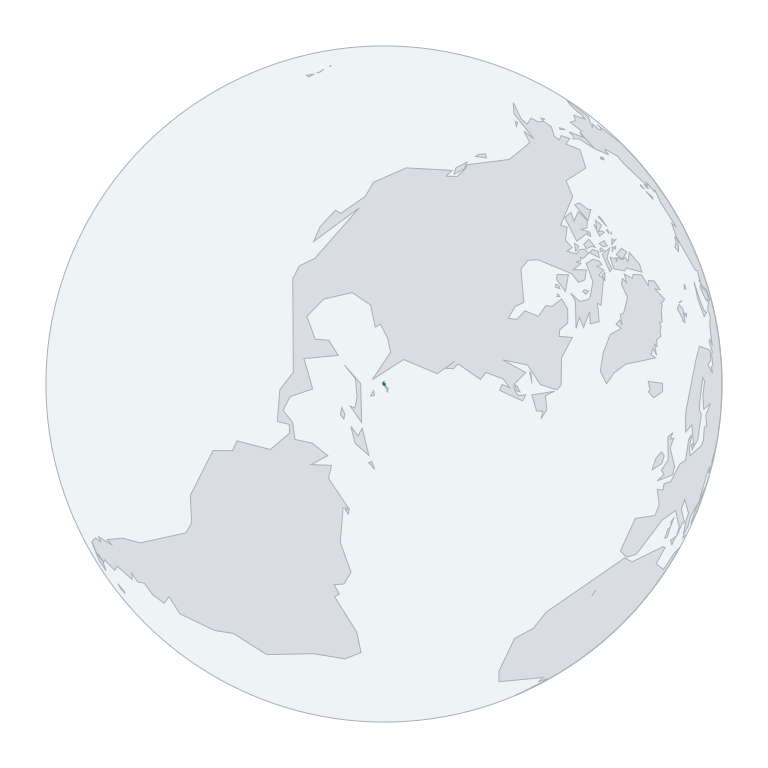 globe centered on West Grand Bahama, rotated 64°
{"feature_id": "BHS-5011", "entity_name": "West Grand Bahama", "entity_type": "District", "adm_level": 1, "iso_a3": "BHS", "parent_name": "The Bahamas", "parent_adm1": "", "projection": "orthographic", "projection_center": [-78.67, 26.651], "detail": "fine", "context": "on_globe", "style": "filled", "palette": "teal", "viewbox_px": 768, "rotation_deg": 64, "n_neighbors": 0, "source": "natural_earth", "source_scale": "10m", "svg_char_len": 9827}
<svg xmlns="http://www.w3.org/2000/svg" viewBox="0 0 768 768"><g transform="rotate(64 384 384)"><circle cx="384" cy="384" r="338" fill="#eef3f6" stroke="#a8b0b8"/><path d="M386.8,490.3L378.8,486.8L371.0,496.3L343.5,480.1L333.6,460.3L249.3,419.8L240.7,408.1L240.8,391.2L214.8,328.9L225.1,384.8L214.6,372.4L206.6,351.5L211.7,348.0L207.2,318.6L198.1,305.2L199.5,269.3L221.9,229.1L224.4,237.1L229.5,227.4L226.6,217.2L223.5,213.0L237.1,173.0L231.1,147.2L218.3,147.4L229.6,141.7L198.0,148.7L187.8,144.4L206.1,144.5L213.1,141.1L209.5,135.2L216.0,130.6L217.9,125.4L226.0,120.8L236.0,122.3L241.4,119.6L238.5,115.8L244.8,109.4L248.2,115.3L259.4,105.1L278.4,108.0L281.0,131.3L298.2,132.2L318.6,155.6L323.4,150.7L334.2,157.8L343.8,155.2L344.9,161.2L351.6,154.1L348.8,149.2L350.8,144.6L356.2,142.9L358.5,149.9L356.2,151.8L359.6,153.1L358.5,157.5L362.1,154.3L364.2,163.7L370.1,152.2L378.5,157.8L377.8,164.7L367.4,166.7L339.9,191.1L335.9,200.4L340.7,210.5L371.9,222.6L371.8,232.4L379.4,243.5L384.2,236.3L380.0,225.3L390.9,215.6L384.5,204.2L387.9,198.9L385.5,187.0L397.2,186.1L409.8,192.1L412.4,202.4L418.0,205.7L424.7,194.3L438.4,213.0L462.7,225.4L465.0,231.2L453.1,243.7L429.9,246.6L414.4,266.6L435.9,251.5L441.3,267.5L447.0,269.6L453.4,268.0L455.8,261.3L460.0,266.8L440.4,282.9L436.2,278.1L442.5,272.7L431.7,274.7L418.4,287.3L422.2,295.3L398.3,308.7L400.7,314.9L396.8,321.9L394.6,310.8L398.1,331.6L370.6,355.6L374.9,392.5L358.3,364.1L344.8,360.7L328.6,360.9L329.0,366.9L307.2,361.4L287.8,372.6L281.3,401.0L289.3,423.6L313.5,426.2L320.5,414.4L338.2,412.6L326.1,444.8L357.1,450.2L354.3,474.0L363.4,486.2L378.7,483.0L394.7,488.4L405.8,474.4L423.7,465.9L424.5,485.0L434.1,466.8L444.4,475.2L479.9,470.4L477.3,475.1L507.3,492.8L538.8,496.1L546.2,507.7L542.5,516.7L553.2,516.4L553.4,521.7L595.0,517.3L615.3,522.3L613.9,539.7L595.6,565.4L575.8,608.0L542.0,628.9L531.3,644.3L501.2,668.1L481.0,670.5L484.7,677.8L471.7,684.4L458.0,686.7L453.9,692.2L443.7,693.5L449.3,696.0L430.7,703.7L433.5,707.6L419.4,712.4L421.7,714.2L417.1,714.5L411.8,715.5L410.6,716.5L397.4,715.4L395.9,710.8L402.3,707.8L396.2,707.5L409.9,698.9L402.6,701.0L407.9,686.7L419.9,672.8L431.0,627.2L424.5,617.7L399.2,606.9L368.9,566.8L377.5,549.4L370.7,541.0L393.1,514.9L386.8,490.3ZM72.5,318.3L74.9,310.9L74.8,317.4L72.5,318.3ZM75.5,305.3L74.8,308.0L75.2,305.5L75.5,305.3ZM75.2,302.7L75.4,304.5L74.9,303.1L75.2,302.7ZM74.5,300.1L75.0,301.2L74.8,301.3L74.5,300.1ZM373.4,404.8L408.8,421.0L389.1,424.0L392.8,420.7L383.7,413.8L367.0,407.4L349.6,411.2L373.4,404.8ZM74.5,293.9L74.6,292.2L75.3,292.5L74.5,293.9ZM388.5,384.4L382.4,383.2L388.3,382.9L388.5,384.4ZM221.0,212.1L225.9,217.6L226.1,229.0L221.3,224.7L221.0,212.1ZM221.6,192.0L225.7,192.7L219.6,202.0L219.1,198.6L221.6,192.0ZM207.6,149.1L210.4,152.1L205.5,150.9L207.6,149.1ZM216.8,125.6L213.9,126.4L216.2,123.5L216.8,125.6ZM379.3,188.4L382.4,187.7L381.2,190.3L379.3,188.4ZM375.4,184.1L371.9,187.5L369.5,186.0L371.7,183.9L375.4,184.1ZM230.5,113.9L234.9,109.5L232.2,114.2L230.5,113.9ZM380.3,180.3L365.7,183.0L361.6,180.4L366.6,170.4L380.3,180.3ZM238.6,107.1L249.2,97.2L243.9,97.7L265.1,91.4L249.0,101.4L246.5,106.8L243.9,105.1L238.6,107.1ZM345.6,148.5L348.8,153.5L341.1,151.0L345.6,148.5ZM340.2,148.1L313.7,148.6L311.6,140.8L320.9,141.9L314.2,133.8L326.3,129.7L332.6,133.2L331.6,138.9L337.0,133.1L340.2,148.1ZM275.1,90.0L279.1,88.2L276.8,90.4L275.1,90.0ZM351.1,142.7L345.9,143.2L343.7,136.4L353.7,134.2L351.2,137.0L351.1,142.7ZM306.6,134.0L306.8,129.0L316.5,124.1L317.9,121.6L326.4,129.0L306.6,134.0ZM354.4,137.7L358.8,133.4L364.7,135.1L356.0,141.8L354.4,137.7ZM339.0,135.7L338.4,132.5L342.0,133.5L339.0,135.7ZM388.2,140.2L382.1,140.3L380.4,136.7L388.2,140.2ZM360.0,131.6L358.0,131.1L356.6,129.8L360.7,127.5L360.0,131.6ZM332.7,125.3L336.7,124.6L329.7,122.0L336.7,118.8L341.1,124.4L342.2,120.6L344.3,119.7L345.5,125.5L332.7,125.3ZM360.7,121.6L368.7,128.5L380.4,128.7L382.2,131.8L363.0,131.0L360.7,121.6ZM351.7,123.3L357.7,122.8L356.9,126.6L352.2,129.2L351.7,123.3ZM340.0,114.7L328.0,118.2L327.5,116.9L340.0,114.7ZM364.3,120.8L362.3,119.2L365.2,120.3L364.3,120.8ZM347.6,115.6L343.5,116.8L343.0,115.3L347.6,115.6ZM361.7,115.2L364.3,117.3L361.3,119.0L361.7,115.2ZM355.4,114.7L355.7,112.3L358.6,118.3L353.6,115.5L355.4,114.7ZM347.8,113.9L346.2,113.4L349.6,113.6L347.8,113.9ZM371.8,107.9L376.2,115.0L369.5,118.6L366.1,111.1L371.8,107.9ZM418.8,717.4L398.3,716.0L410.1,716.7L419.7,714.6L430.0,715.6L418.8,717.4ZM446.7,710.8L457.0,708.4L459.0,708.6L452.4,710.3L446.7,710.8ZM635.2,157.9L644.2,169.5L636.2,162.1L616.5,139.3L609.0,131.9L635.2,157.9ZM599.1,123.4L599.0,123.8L586.9,114.2L598.0,123.7L600.1,124.8L607.1,131.3L605.6,130.8L601.4,127.1L603.0,130.0L622.8,148.2L627.1,151.3L636.9,166.2L645.0,173.1L650.8,181.1L639.4,172.6L633.6,166.9L619.7,164.4L626.6,171.5L640.2,174.8L640.0,177.0L649.4,188.2L642.0,181.4L625.4,177.4L628.3,193.6L647.6,231.9L646.0,242.0L637.7,244.7L615.0,217.1L621.0,198.1L613.1,189.5L598.5,184.6L601.6,179.7L596.4,175.9L597.4,169.1L585.6,153.0L584.6,146.2L567.3,134.4L564.4,129.7L575.5,137.7L582.6,140.2L578.5,125.6L574.0,121.1L563.1,115.0L563.4,112.4L553.3,108.5L544.7,99.2L546.8,107.7L534.0,102.3L522.0,94.5L518.1,94.7L537.7,107.6L545.2,111.6L551.1,112.4L571.9,126.6L576.0,133.1L555.6,125.2L559.3,134.0L541.8,125.3L499.5,93.4L488.3,84.0L496.5,76.2L506.4,80.1L508.4,84.4L518.2,83.9L511.8,82.2L512.0,80.5L499.9,76.1L499.5,74.8L488.6,73.4L486.7,71.3L493.6,72.2L474.0,65.5L466.7,61.3L462.5,60.6L460.0,60.9L452.3,56.3L449.6,56.0L451.0,57.3L446.4,57.8L435.3,57.4L433.3,55.7L437.0,55.7L441.7,53.8L452.0,54.7L450.0,54.1L440.6,53.0L434.9,55.2L428.8,55.5L430.1,53.8L429.1,54.4L425.5,54.1L419.9,52.5L417.8,54.3L380.2,56.7L365.7,55.0L371.1,52.5L342.6,55.7L328.5,55.6L329.9,56.5L317.2,60.0L321.4,59.9L321.1,60.7L290.4,72.1L281.6,74.3L270.0,82.2L270.6,83.0L276.5,81.6L265.1,91.4L243.9,97.7L243.4,95.5L230.4,101.8L231.1,96.4L225.7,95.5L233.9,87.3L228.9,88.1L224.4,90.7L214.2,94.5L208.9,95.2L233.1,83.2L245.0,84.4L241.9,82.4L248.5,79.9L251.0,77.6L248.3,77.0L244.3,78.7L270.3,66.0L272.1,65.2L295.7,57.8L319.9,52.2L344.4,48.4L369.1,46.4L393.9,46.2L418.7,47.9L443.3,51.3L467.5,56.6L491.3,63.6L514.5,72.3L537.0,82.7L558.7,94.7L579.4,108.3L599.1,123.4ZM721.4,403.2L721.5,396.6L721.3,371.9L720.3,366.3L719.5,375.9L717.4,369.4L716.1,373.7L702.0,411.0L692.7,406.8L670.0,378.2L669.0,356.6L660.1,338.1L645.9,244.0L652.6,239.0L652.5,204.6L654.2,203.1L664.8,218.2L673.2,214.1L663.4,197.6L660.6,189.8L674.2,210.9L686.3,232.9L696.7,255.8L705.3,279.4L712.2,303.5L717.3,328.1L720.5,353.1L721.9,378.1L721.4,403.2ZM662.1,283.7L665.2,289.7L665.3,289.7L662.1,283.7ZM481.0,470.0L485.3,473.1L479.7,474.0L481.0,470.0ZM386.5,432.2L393.9,432.4L397.9,435.4L392.2,436.5L386.5,432.2ZM448.3,428.9L456.6,429.8L448.0,432.3L448.3,428.9ZM414.3,423.0L441.5,428.9L424.8,436.0L407.6,432.4L419.3,430.1L414.3,423.0ZM385.4,396.2L390.1,397.6L388.8,401.3L385.4,396.2ZM392.8,384.3L391.0,384.7L388.6,381.7L392.8,384.3ZM442.5,266.5L444.2,265.4L450.7,265.2L447.9,268.2L442.5,266.5ZM478.2,248.8L484.2,258.2L478.0,253.2L475.2,258.7L458.7,255.9L465.3,233.9L465.2,244.0L478.2,248.8ZM438.4,247.2L448.2,250.7L437.2,247.8L438.4,247.2ZM566.8,164.3L571.4,163.6L577.4,169.4L578.6,180.6L569.9,172.1L566.8,164.3ZM576.6,161.7L556.0,152.1L554.4,145.7L558.8,150.7L559.8,147.4L567.1,154.9L585.7,159.0L592.2,164.6L590.9,180.7L587.8,171.9L583.4,172.7L576.6,161.7ZM506.3,147.4L497.4,145.4L505.5,133.5L512.9,136.9L514.6,147.5L506.8,149.9L506.3,147.4ZM391.8,163.1L387.9,164.7L387.2,162.6L390.1,159.4L391.8,163.1ZM385.5,140.5L408.4,154.4L405.0,156.8L422.4,163.3L420.4,172.2L409.2,167.5L420.6,179.8L409.7,179.2L418.4,187.1L393.7,175.7L384.3,176.3L395.5,172.0L397.7,163.6L395.8,160.2L383.4,151.3L364.3,149.5L363.4,141.7L367.8,136.7L372.3,135.9L371.5,141.1L378.0,136.4L380.2,143.3L385.5,140.5ZM420.2,94.6L417.4,98.9L430.9,94.6L433.2,99.9L434.6,99.1L440.5,103.0L450.0,106.7L449.5,109.3L453.5,109.7L457.4,112.6L462.6,114.2L463.6,119.6L470.1,122.2L466.9,123.4L477.7,126.4L470.1,126.7L474.5,131.1L479.6,128.5L472.1,158.3L474.8,172.0L481.3,183.9L467.3,183.9L452.2,173.4L438.7,159.0L438.1,146.3L431.9,149.2L429.7,144.1L435.5,144.0L425.3,141.3L425.1,137.3L413.0,127.2L398.4,126.8L393.6,123.5L399.2,121.7L390.6,119.8L397.9,114.3L394.7,112.0L398.8,104.8L411.5,103.4L406.9,101.0L409.8,96.0L420.2,94.6ZM373.3,105.8L388.1,101.9L396.5,103.1L385.9,115.3L387.8,118.1L381.3,126.9L369.2,125.2L372.1,122.7L372.2,120.0L376.0,121.6L373.0,118.3L377.0,115.0L375.8,111.7L380.9,111.2L373.3,105.8ZM649.8,195.0L649.9,192.9L648.7,188.4L654.6,195.8L649.8,195.0ZM638.8,192.4L638.0,189.2L645.8,196.6L645.6,199.2L638.8,192.4ZM631.0,181.7L637.4,188.5L633.8,186.4L631.0,181.7ZM574.0,134.9L572.4,131.8L574.8,132.7L578.8,136.0L574.0,134.9ZM460.7,86.5L457.8,87.9L455.7,87.0L444.7,87.3L442.1,83.9L447.7,82.4L460.7,86.5ZM652.0,181.4L651.6,179.0L653.6,183.4L652.0,181.4ZM456.1,82.8L451.8,83.2L453.2,81.4L456.1,82.8ZM439.6,81.6L440.1,79.3L440.5,83.6L439.6,81.6ZM428.0,60.5L446.2,63.2L457.5,64.2L461.2,62.8L463.8,66.6L446.3,64.9L428.0,60.5ZM386.3,57.0L383.2,59.2L379.3,58.2L379.5,57.6L386.3,57.0ZM388.1,58.3L394.0,61.2L388.8,62.5L385.2,59.9L388.1,58.3ZM425.7,70.1L431.3,71.0L430.1,72.4L425.7,70.1ZM277.2,87.6L279.0,88.1L275.2,88.9L277.2,87.6ZM323.8,60.7L322.7,62.0L318.3,62.5L323.8,60.7ZM317.4,66.0L323.1,64.5L318.0,66.8L317.4,66.0ZM335.6,61.3L325.7,64.2L333.9,60.6L335.6,61.3Z" fill="#d9dde1" stroke="#a8b0b8" stroke-width="1"/><path d="M385.4,384.3L384.9,384.5L384.7,384.5L384.4,384.7L384.2,384.6L384.1,384.8L383.9,384.9L383.7,384.9L383.4,384.7L383.1,384.6L382.6,384.0L382.3,383.8L382.3,383.7L382.4,383.8L383.1,384.2L383.3,384.4L383.5,384.4L383.6,384.5L383.8,384.5L383.9,384.4L384.0,384.3L384.2,384.2L384.3,384.1L384.4,383.9L384.5,383.8L384.5,383.7L384.4,383.7L384.1,383.6L384.3,383.4L384.4,383.1L384.5,383.1L384.7,383.4L384.7,383.5L384.8,383.5L385.0,383.6L385.2,383.9L385.4,384.3Z" fill="#14b8a6" stroke="#0f766e" stroke-width="1.5"/></g></svg>